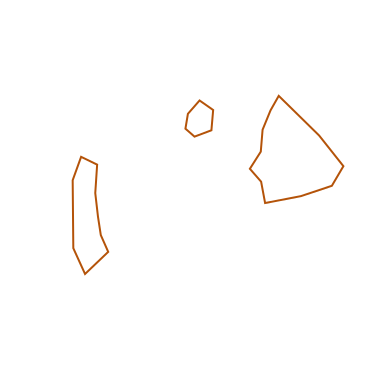 the state/province of Balzers, rotated 215°
{"feature_id": "LIE-4894", "entity_name": "Balzers", "entity_type": "state/province", "adm_level": 1, "iso_a3": "LIE", "parent_name": "Liechtenstein", "parent_adm1": "", "projection": "albers", "projection_center": [9.549, 47.108], "detail": "fine", "context": "isolated", "style": "outline", "palette": "amber", "viewbox_px": 384, "rotation_deg": 215, "n_neighbors": 0, "source": "natural_earth", "source_scale": "10m", "svg_char_len": 510}
<svg xmlns="http://www.w3.org/2000/svg" viewBox="0 0 384 384"><g transform="rotate(215 192 192)"><path d="M176.1,320.5L120.3,311.2L82.8,300.0L81.0,277.3L100.4,251.1L125.8,224.9L141.3,240.1L157.9,244.2L158.8,264.5L169.9,283.5L174.5,303.9L176.1,320.5ZM232.6,63.5L257.0,77.9L296.5,133.2L303.0,157.2L285.4,160.0L270.6,135.6L254.9,117.9L242.0,104.4L226.3,94.9L232.6,63.5ZM221.7,238.8L233.7,240.1L240.2,253.7L238.3,271.3L221.7,271.3L211.5,253.7L221.7,238.8Z" fill="none" stroke="#b45309" stroke-width="2"/></g></svg>